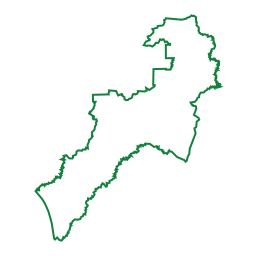 Rangitikei District, Manawatu-Wanganui, New Zealand
{"feature_id": "76426892B73880124121288", "entity_name": "Rangitikei District", "entity_type": "district", "adm_level": 2, "iso_a3": "NZL", "parent_name": "New Zealand", "parent_adm1": "Manawatu-Wanganui", "projection": "albers", "projection_center": [175.797, -39.716], "detail": "fine", "context": "isolated", "style": "outline", "palette": "green", "viewbox_px": 256, "rotation_deg": 0, "n_neighbors": 0, "source": "geoboundaries", "source_scale": "gbopen_adm2", "svg_char_len": 5727}
<svg xmlns="http://www.w3.org/2000/svg" viewBox="0 0 256 256"><path d="M143.8,45.2L146.4,45.8L149.8,45.5L152.4,46.5L154.5,44.9L155.9,42.8L158.3,42.9L160.1,39.3L161.7,40.1L162.5,39.3L163.6,39.3L165.1,42.1L166.8,41.5L168.8,43.8L170.1,43.8L170.1,44.8L165.8,44.8L165.9,58.2L173.8,58.1L173.6,59.0L172.5,59.0L172.5,60.2L173.0,60.5L172.3,60.9L172.7,62.2L171.5,62.7L171.4,63.5L172.1,64.2L171.6,64.4L171.6,65.4L172.4,65.7L172.1,66.7L171.4,66.6L170.6,69.6L165.9,69.6L165.9,68.8L153.5,69.1L153.2,84.9L154.7,85.1L154.6,86.3L149.3,90.0L146.2,88.0L146.7,90.7L144.6,91.5L137.9,91.1L137.9,92.5L137.0,93.8L135.2,94.5L134.4,94.0L132.8,94.3L132.2,97.0L131.3,98.2L128.9,98.9L127.9,100.0L126.1,100.2L124.5,99.2L124.4,97.1L122.5,95.8L122.2,94.5L121.6,94.9L121.3,94.2L118.2,95.5L116.1,91.0L109.0,90.4L109.2,92.1L108.1,94.0L108.4,94.4L92.9,94.8L93.0,101.4L93.8,102.3L95.1,101.7L95.6,101.8L94.5,103.8L94.7,105.4L93.6,107.3L93.8,108.2L91.0,111.5L90.2,111.5L90.2,112.4L89.6,112.3L89.1,113.6L94.1,116.5L93.9,117.2L92.8,117.2L92.9,118.5L93.4,119.3L96.4,119.3L96.3,120.2L97.0,121.2L95.8,122.5L96.3,124.3L95.0,126.4L94.5,129.6L91.9,132.3L92.2,133.8L91.9,135.8L92.7,136.2L91.2,138.4L88.9,140.1L89.2,141.0L87.5,145.1L87.9,148.5L85.9,147.7L85.6,149.5L82.7,149.5L82.1,150.7L78.0,150.4L76.4,151.9L76.4,153.9L75.8,154.8L72.9,155.9L73.1,157.2L72.4,158.5L69.2,158.4L66.4,155.2L63.7,155.9L64.5,156.9L64.1,157.8L61.3,159.4L63.0,159.8L63.2,159.1L64.5,159.8L63.3,160.2L64.5,162.7L62.9,163.6L62.9,164.6L62.1,165.5L64.2,168.3L62.0,167.1L62.0,168.0L61.4,168.1L62.0,169.3L60.6,169.8L61.8,171.0L63.2,170.7L62.4,171.1L61.9,173.0L60.8,173.1L61.3,174.6L60.2,174.4L61.2,175.6L59.6,177.0L60.6,177.1L60.2,178.1L58.6,177.3L57.4,177.7L57.3,176.6L55.8,176.6L55.6,178.8L54.4,179.2L54.4,180.3L53.4,180.7L53.8,181.7L52.3,181.4L52.0,182.6L49.6,183.2L48.8,182.7L48.2,184.0L46.9,183.7L46.3,184.5L45.3,184.1L44.8,185.3L44.5,184.3L43.0,185.3L42.3,184.4L39.0,187.5L39.1,190.3L38.1,190.3L38.2,189.0L37.5,188.6L35.6,191.2L42.3,199.2L45.1,203.9L48.5,211.6L51.7,223.0L54.1,238.5L55.0,239.5L57.2,237.5L59.4,240.0L61.5,240.6L62.8,239.3L62.6,238.5L63.8,238.0L63.6,237.2L64.5,237.6L66.0,235.8L67.0,235.8L66.7,234.6L67.8,233.8L67.7,232.8L68.7,232.5L68.3,231.5L70.0,229.1L69.8,228.0L70.6,226.6L70.3,225.4L71.4,225.2L70.5,223.6L71.8,223.1L72.8,221.0L75.0,219.4L77.8,219.7L80.2,219.1L81.2,216.9L83.0,216.1L83.5,214.1L85.3,214.5L85.1,213.4L86.0,211.8L85.2,210.2L86.3,209.4L85.5,207.8L87.3,206.6L87.8,205.5L86.5,204.2L86.0,202.8L86.6,201.0L88.1,200.3L88.0,198.4L90.9,198.9L91.0,198.0L92.1,197.6L92.2,196.2L93.2,196.8L94.6,194.4L93.5,192.4L95.7,191.1L95.4,189.5L96.3,189.4L96.1,188.7L97.7,188.5L98.6,187.2L100.8,187.5L101.2,185.4L101.8,184.3L102.7,184.2L102.7,183.4L103.8,183.9L105.9,186.7L106.7,186.5L107.1,185.6L106.7,183.0L108.0,183.4L109.6,182.7L109.5,180.9L112.1,179.9L112.8,178.7L114.0,178.6L114.7,177.7L114.4,176.4L113.7,176.1L114.7,175.5L115.4,176.3L115.2,174.8L114.3,174.1L115.5,173.9L115.1,172.9L116.8,171.7L115.4,170.2L115.6,169.7L116.3,170.2L117.1,169.7L115.9,169.1L116.8,168.0L116.5,166.7L118.3,165.6L119.1,163.0L119.8,164.4L120.8,164.2L120.7,162.3L121.5,160.9L121.2,159.2L122.4,159.2L123.0,158.5L123.1,159.5L123.9,158.5L124.9,159.6L125.3,158.5L127.3,159.8L127.7,159.3L126.9,157.7L128.3,158.2L129.6,157.3L128.8,156.5L129.6,155.2L131.3,155.8L130.7,155.0L130.9,153.7L133.4,153.1L134.2,151.9L134.9,152.7L135.8,151.8L136.6,152.7L138.5,151.4L138.7,150.7L137.0,149.3L137.6,148.3L137.6,146.5L138.7,147.3L139.3,145.8L140.6,146.4L140.5,145.1L141.1,144.7L142.3,145.0L143.1,146.1L145.1,143.8L145.6,144.7L146.3,143.7L149.9,143.9L154.0,146.9L156.4,146.3L157.2,147.7L157.7,146.8L158.3,147.5L158.7,147.1L158.7,149.3L162.4,150.0L162.2,151.2L163.7,151.5L163.8,152.3L163.3,152.8L163.9,153.4L165.8,153.1L167.0,153.8L167.1,153.1L168.3,152.7L168.3,151.5L169.2,150.4L169.7,151.3L171.7,151.7L177.2,157.1L184.5,160.2L185.5,161.7L186.6,161.0L188.0,156.1L189.3,154.0L189.7,148.8L195.6,133.4L194.4,128.3L196.2,127.0L196.7,121.7L199.2,119.6L198.5,117.8L193.9,114.9L196.3,108.8L196.0,106.5L195.2,105.9L193.4,106.0L192.8,104.9L192.1,105.1L190.6,102.5L194.7,101.9L196.5,100.0L197.6,97.7L199.1,97.2L199.2,95.1L200.7,92.7L204.0,92.4L204.9,91.0L206.6,90.3L207.7,88.5L209.4,89.0L209.9,87.5L211.1,87.6L211.1,86.7L212.0,87.3L212.9,86.4L214.2,87.7L214.1,87.0L214.6,86.5L216.3,86.7L216.1,87.7L216.9,87.8L217.7,87.4L217.8,86.5L219.1,87.1L220.4,86.7L219.8,86.5L220.1,85.6L219.0,85.9L219.7,84.0L218.0,83.9L218.0,85.0L216.6,85.7L217.1,83.9L216.3,82.8L217.4,82.2L215.5,80.6L216.0,80.2L215.3,79.1L216.2,78.3L215.8,77.5L216.4,77.2L215.8,75.6L214.8,74.9L215.5,74.8L214.6,74.1L215.6,72.9L215.2,72.3L216.8,70.7L215.8,70.2L216.6,69.3L217.7,69.6L217.3,69.1L217.8,68.5L217.2,68.2L218.2,68.0L217.7,67.3L218.6,65.6L217.5,65.7L217.3,64.8L219.0,64.5L219.1,62.8L218.4,62.7L219.1,62.0L218.6,60.8L215.9,61.1L216.0,60.4L215.1,60.2L215.3,59.4L214.7,58.5L213.4,58.7L213.0,59.7L211.4,58.8L210.7,59.6L210.7,58.8L209.9,58.8L210.1,57.7L209.2,57.1L209.9,56.4L209.3,56.1L208.9,54.7L210.3,54.8L210.0,54.2L210.8,53.3L210.2,53.1L211.0,52.7L211.0,51.2L211.6,51.1L211.6,49.3L214.2,48.5L215.2,45.9L215.0,44.7L214.3,44.6L214.3,42.9L213.4,43.1L213.7,41.1L213.4,39.5L212.6,39.6L213.2,38.9L212.5,38.1L213.3,38.0L212.9,37.1L210.9,35.9L208.0,36.8L207.7,35.2L207.2,35.6L206.8,34.8L204.1,34.3L202.9,35.0L202.4,34.1L201.2,34.3L200.2,33.1L199.5,33.1L198.4,30.3L198.9,29.7L198.7,27.4L196.5,25.2L196.8,23.0L196.2,22.2L196.6,22.1L195.9,19.0L196.1,17.3L193.9,15.7L192.7,16.1L191.5,15.4L189.7,17.0L187.0,17.8L186.3,18.7L181.7,19.7L165.9,18.3L165.2,19.8L164.1,20.1L164.6,22.3L163.4,24.9L162.0,25.6L157.7,26.0L157.4,27.7L152.4,29.1L153.4,30.6L153.4,32.5L150.4,35.5L147.7,36.5L148.0,38.0L149.8,39.4L149.7,40.1L145.9,41.6L143.8,45.2Z" fill="none" stroke="#15803d" stroke-width="2"/></svg>